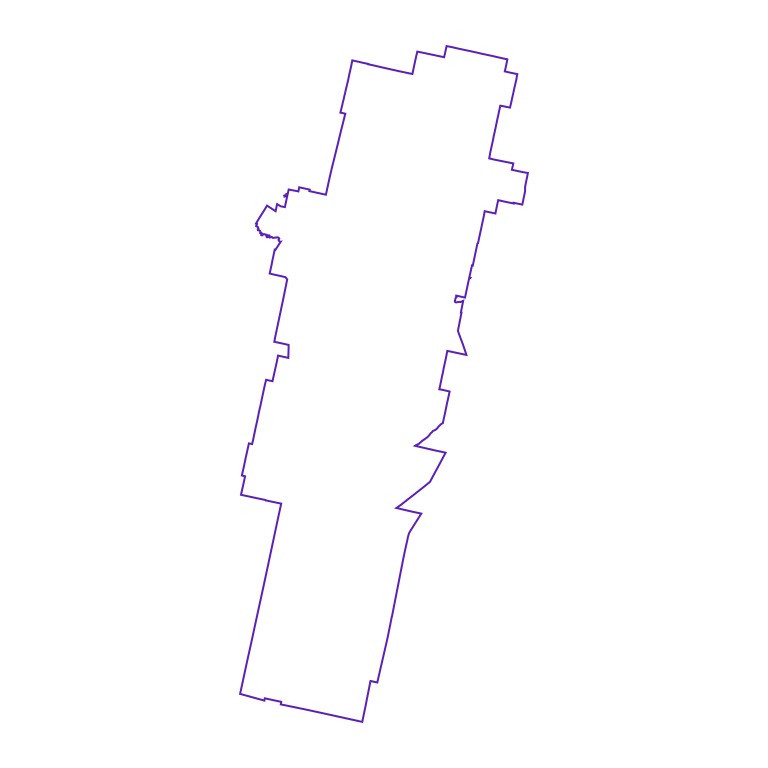 the district of Unión, Córdoba, Argentina
{"feature_id": "61730980B31238250662903", "entity_name": "Unión", "entity_type": "district", "adm_level": 2, "iso_a3": "ARG", "parent_name": "Argentina", "parent_adm1": "Córdoba", "projection": "orthographic", "projection_center": [-62.769, -32.932], "detail": "fine", "context": "isolated", "style": "outline", "palette": "violet", "viewbox_px": 768, "rotation_deg": 0, "n_neighbors": 0, "source": "geoboundaries", "source_scale": "gbopen_adm2", "svg_char_len": 5902}
<svg xmlns="http://www.w3.org/2000/svg" viewBox="0 0 768 768"><path d="M352.3,60.4L351.3,65.5L350.2,70.5L349.5,73.5L349.2,74.9L348.1,80.3L346.0,88.9L344.9,93.9L344.2,96.6L343.7,99.2L343.5,99.8L342.5,103.8L342.4,104.5L340.4,112.6L345.3,113.7L342.3,125.7L341.0,130.8L339.4,137.4L338.1,142.8L333.9,159.9L332.1,167.0L329.7,177.3L325.9,194.7L309.4,191.1L309.7,189.6L299.2,187.3L298.4,191.4L288.7,189.5L287.8,193.6L287.7,193.6L286.3,194.0L286.4,194.9L284.2,195.6L284.5,196.6L287.3,195.7L284.9,207.1L280.7,206.3L277.1,204.1L275.6,211.2L271.0,208.2L267.0,205.6L264.7,209.5L262.5,213.0L259.8,217.2L256.2,223.2L256.3,223.2L256.7,223.2L256.9,223.3L257.1,223.7L257.1,223.9L257.0,224.2L256.6,224.5L256.2,225.6L256.1,226.1L256.4,226.3L256.8,226.4L257.1,226.5L257.4,226.6L257.6,226.7L257.9,227.1L257.8,227.7L258.2,227.9L258.4,228.3L258.5,228.5L258.5,228.9L258.3,229.1L258.1,229.3L257.8,229.6L257.8,229.8L257.9,230.2L258.2,230.3L258.7,230.4L259.0,230.3L259.3,230.4L259.5,230.5L259.9,230.8L260.2,231.0L260.3,231.3L260.4,231.6L260.3,232.0L260.2,232.5L260.1,232.9L260.2,233.1L260.8,233.3L261.0,233.3L261.4,233.2L261.6,233.1L261.8,233.2L261.9,233.6L261.9,234.1L261.8,234.3L261.5,234.8L261.2,234.9L261.2,235.0L261.6,235.3L262.0,235.4L262.5,235.3L262.9,234.6L263.2,234.4L263.4,234.2L263.8,234.2L264.0,234.2L264.4,234.1L264.7,234.2L265.3,234.7L265.9,234.8L266.2,234.8L266.5,234.7L266.8,234.9L267.0,235.0L267.0,235.3L266.5,235.9L266.5,236.4L266.6,236.5L266.6,236.9L266.7,237.1L266.9,237.2L267.1,237.3L267.6,237.1L267.9,236.9L268.0,236.6L268.2,236.3L268.3,235.9L268.4,235.6L268.6,235.4L268.9,235.3L269.2,235.3L269.4,235.4L269.5,235.5L269.2,236.2L269.2,236.5L269.2,237.0L269.4,237.5L269.7,237.6L270.0,237.5L270.3,237.3L270.9,237.2L271.1,237.0L271.3,236.9L271.6,236.9L271.9,237.0L272.4,237.6L273.1,237.9L273.9,237.8L274.8,237.6L275.6,237.6L276.2,237.4L276.4,237.5L276.7,237.6L277.0,237.5L277.5,237.3L278.0,237.4L278.3,237.5L278.7,238.0L278.9,238.1L279.1,238.3L279.2,238.5L279.3,238.7L279.2,238.9L278.8,239.5L278.6,239.6L278.5,239.8L278.5,240.0L278.7,240.3L279.0,240.9L279.3,241.1L279.4,241.3L279.6,241.5L279.8,241.7L280.0,241.7L280.2,242.0L280.6,241.9L275.3,250.0L274.7,249.7L273.1,257.3L272.5,260.0L271.6,264.8L270.3,270.7L269.7,273.5L272.7,274.3L281.4,276.2L285.5,277.2L287.2,279.4L283.9,295.8L279.5,316.7L275.4,336.0L274.3,341.8L280.5,343.1L288.6,344.9L288.6,348.3L288.3,357.9L283.9,356.9L278.1,355.6L276.5,363.2L272.5,381.2L266.1,379.8L264.7,385.6L262.5,395.8L260.6,404.9L260.1,407.1L259.5,409.5L259.0,411.9L257.1,421.2L255.8,426.9L253.0,440.4L252.1,444.1L248.9,443.4L248.1,447.0L247.2,451.1L245.2,460.1L244.2,465.1L242.9,471.0L242.4,473.1L241.9,475.5L245.1,476.3L243.3,484.5L241.0,494.8L256.4,498.1L265.5,500.0L265.7,500.4L271.9,501.7L281.2,503.6L278.3,517.0L268.5,563.0L268.1,565.0L263.6,585.9L256.4,618.9L253.3,633.2L252.4,637.5L247.0,661.9L240.1,693.9L264.4,700.6L264.8,698.3L277.1,701.0L281.2,701.8L281.0,703.0L280.8,704.4L299.3,708.2L305.2,709.4L362.3,721.9L363.2,717.3L365.8,704.8L366.4,701.6L370.5,681.0L377.3,682.5L387.6,637.7L390.1,625.3L391.8,616.6L392.0,616.3L403.5,557.6L404.0,555.5L404.5,552.8L405.8,546.9L407.4,539.8L407.8,537.6L408.9,533.6L409.9,531.6L411.3,529.4L421.3,513.6L411.0,511.4L403.7,509.7L396.4,508.0L400.7,505.0L413.1,495.3L417.3,492.0L422.4,488.0L429.7,482.1L430.2,481.5L432.2,477.7L434.6,473.2L439.7,463.8L441.4,460.6L445.6,452.7L440.8,451.6L437.1,450.9L415.0,445.8L415.5,445.4L416.8,444.8L417.7,444.4L418.0,444.2L418.7,444.0L419.0,443.7L419.8,442.9L420.6,442.4L420.9,442.0L421.0,441.8L421.3,441.6L421.6,441.4L421.8,441.3L421.9,441.1L422.1,440.9L422.2,440.7L422.4,440.7L422.6,440.6L423.0,440.3L423.6,439.9L423.8,439.8L424.0,439.7L424.3,439.3L424.6,439.3L424.8,439.2L425.1,438.8L426.8,437.7L427.6,436.9L428.1,436.6L428.3,436.3L429.1,435.3L429.6,434.9L429.8,434.7L430.1,434.0L430.4,433.5L431.1,432.9L431.6,432.6L432.0,432.2L432.3,431.7L432.5,431.4L432.7,431.1L433.0,430.9L433.6,430.7L434.3,430.4L434.8,430.1L435.0,430.1L435.4,429.9L435.7,429.7L436.2,429.2L436.5,429.0L436.6,428.8L436.8,428.7L437.1,428.4L437.5,427.9L437.9,427.5L438.3,426.9L438.6,426.6L438.8,426.3L438.9,426.2L439.7,425.5L439.9,425.2L440.4,424.9L440.6,424.5L441.4,423.9L441.7,423.7L442.0,423.6L442.4,423.3L442.8,423.2L445.1,412.7L447.1,402.9L447.9,399.5L449.2,393.5L449.6,391.5L441.9,389.7L439.3,389.3L439.9,386.8L442.3,375.0L442.4,374.6L442.5,374.5L443.8,367.7L445.8,358.7L447.3,350.9L460.6,353.7L462.8,354.2L466.4,354.9L465.5,352.1L462.6,343.5L461.2,339.9L457.9,330.9L461.5,312.6L460.9,312.5L463.2,300.8L462.8,300.9L462.8,301.0L462.4,301.4L462.1,301.6L461.8,301.6L461.1,301.7L460.8,301.9L460.5,302.0L459.7,301.9L459.4,301.9L458.9,302.0L458.5,302.0L458.2,302.0L457.1,302.2L456.9,302.3L456.4,302.4L456.2,302.4L455.9,302.4L455.6,302.3L455.4,302.1L454.9,301.8L454.8,301.3L454.8,301.1L454.9,300.9L455.0,300.8L455.0,300.6L455.2,300.3L455.2,299.5L455.6,298.3L455.7,298.1L455.8,297.8L456.0,297.5L456.4,297.4L456.3,297.0L456.2,296.9L456.2,296.3L456.1,296.1L456.2,295.6L465.0,297.6L469.2,278.0L470.3,278.2L470.5,277.8L469.3,277.5L472.0,265.4L472.8,265.6L477.4,243.6L478.0,243.2L479.8,234.8L481.9,225.1L483.7,216.7L484.7,211.2L495.4,213.5L497.4,203.8L498.2,200.2L505.9,201.9L513.7,203.5L513.7,202.8L522.3,204.6L525.1,191.2L525.1,186.8L527.9,173.0L523.2,172.2L511.9,169.8L512.1,169.0L513.3,163.4L502.7,161.3L494.7,159.7L489.2,158.4L489.9,154.8L490.2,152.7L490.3,152.3L493.0,140.0L493.5,137.3L495.4,128.7L497.5,118.5L498.2,115.5L498.9,112.0L499.5,109.4L500.3,105.7L502.6,106.1L507.6,107.1L510.0,107.6L511.2,102.6L512.1,98.3L513.2,93.6L514.1,89.2L516.3,79.7L517.3,74.1L510.9,72.8L504.8,71.4L506.1,65.7L507.0,61.2L507.3,59.3L503.3,58.5L496.3,56.9L493.8,56.3L484.5,54.3L482.0,53.8L477.0,52.6L456.9,48.3L453.6,47.5L450.8,46.9L446.6,46.1L444.1,57.2L432.7,54.8L424.6,53.1L417.3,51.6L416.3,55.9L415.4,59.9L412.4,74.0L398.6,71.1L394.6,70.2L383.4,67.7L373.1,65.3L368.3,64.3L368.4,64.0L352.3,60.4Z" fill="none" stroke="#5b21b6" stroke-width="2"/></svg>